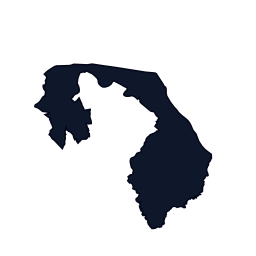 the district of Calamar, Bolívar, Colombia, rotated 312°
{"feature_id": "7082276B23618457670611", "entity_name": "Calamar", "entity_type": "district", "adm_level": 2, "iso_a3": "COL", "parent_name": "Colombia", "parent_adm1": "Bolívar", "projection": "robinson", "projection_center": [-75.024, 10.234], "detail": "fine", "context": "isolated", "style": "filled", "palette": "ink", "viewbox_px": 256, "rotation_deg": 312, "n_neighbors": 0, "source": "geoboundaries", "source_scale": "gbopen_adm2", "svg_char_len": 5740}
<svg xmlns="http://www.w3.org/2000/svg" viewBox="0 0 256 256"><g transform="rotate(312 128 128)"><path d="M112.0,29.8L111.9,32.6L111.6,32.7L111.5,33.4L110.9,34.1L107.7,35.1L106.8,36.7L104.7,37.3L104.5,37.9L103.8,38.0L103.3,37.5L103.2,36.5L102.5,36.7L101.2,38.4L101.3,39.4L101.0,38.8L100.7,39.2L100.4,41.1L99.7,42.7L98.1,43.6L97.1,44.6L96.2,44.6L96.0,44.9L96.0,44.5L95.4,44.7L95.1,44.3L94.1,44.0L89.3,44.8L87.8,44.8L85.8,44.5L83.3,43.6L81.5,44.4L82.9,48.4L83.2,53.4L85.4,56.5L86.7,59.2L85.1,58.9L82.4,57.4L83.0,63.3L81.9,64.2L81.0,66.5L80.4,67.2L79.4,69.7L77.9,72.4L74.0,72.1L72.5,73.3L70.3,73.8L70.4,75.5L69.4,78.8L69.6,81.9L68.7,93.0L70.4,92.5L71.7,91.5L72.3,92.0L73.3,91.9L74.1,91.4L74.9,90.5L77.1,89.0L78.2,88.5L78.5,87.9L79.1,87.5L80.0,86.0L80.3,86.4L81.1,85.5L81.4,85.3L81.7,85.6L81.8,84.9L82.3,84.8L82.6,84.1L83.7,83.2L85.1,82.7L87.0,81.2L86.8,82.4L85.8,83.3L85.6,84.2L85.8,84.9L85.9,86.4L86.3,87.0L86.5,88.4L86.3,91.4L85.9,92.3L84.4,94.5L83.7,96.4L85.3,97.1L85.1,97.6L83.9,98.4L83.2,101.0L84.1,101.1L84.9,100.8L86.0,101.2L87.1,101.1L89.0,101.3L91.6,104.2L92.1,104.1L92.9,104.5L94.1,103.7L95.5,105.0L96.0,105.0L97.8,103.0L98.6,100.5L99.9,100.5L100.2,99.4L100.7,99.1L101.0,98.6L101.1,97.3L102.2,96.0L102.4,95.2L102.9,94.6L103.5,94.1L104.7,95.9L106.7,97.7L108.3,96.2L110.6,92.2L113.7,89.8L114.7,88.4L116.0,88.0L116.6,87.4L111.9,83.7L113.2,81.1L114.0,78.8L115.0,77.3L117.6,71.5L114.4,71.7L111.9,71.3L111.0,70.8L111.5,69.5L111.2,67.4L111.3,67.0L111.5,66.6L111.4,66.9L112.1,66.4L112.2,66.1L112.9,66.1L114.3,66.3L115.4,66.0L116.9,66.0L120.5,67.3L121.1,67.2L122.1,67.5L122.9,66.7L123.3,66.7L125.2,64.5L126.6,61.8L126.6,60.9L127.1,60.7L127.5,60.1L131.2,57.5L136.9,55.1L136.9,55.4L139.0,56.6L140.0,57.5L140.6,58.7L140.4,59.1L140.9,58.2L141.1,58.7L142.2,58.8L141.5,58.5L141.6,58.3L142.6,58.9L144.2,64.3L144.4,64.4L144.6,68.4L144.4,72.0L143.7,73.7L141.8,75.8L141.3,77.4L141.2,79.5L141.6,81.7L142.8,83.2L143.8,84.0L146.6,85.5L149.4,86.0L152.1,85.5L153.6,85.9L155.7,94.0L156.4,97.7L157.1,99.4L157.0,100.9L156.6,101.5L155.4,101.8L153.2,101.6L151.1,101.9L150.3,102.1L149.7,103.2L150.0,104.6L150.7,105.8L152.9,108.0L154.2,108.8L155.3,110.3L155.8,112.6L155.8,116.0L158.0,116.1L156.7,118.4L155.8,119.1L155.4,120.0L155.3,121.2L155.8,133.6L157.6,136.6L156.1,141.0L156.5,143.1L154.9,144.9L153.5,144.7L152.7,145.6L151.7,144.8L150.5,147.1L149.1,146.4L147.9,147.4L147.3,146.3L147.4,152.7L145.5,152.1L145.1,151.5L143.4,151.5L141.4,150.8L137.9,149.0L135.0,148.9L133.9,148.6L131.3,149.2L130.8,149.9L127.9,150.2L126.7,151.2L125.1,151.7L121.3,151.6L120.7,152.0L120.3,152.8L119.0,153.6L118.4,153.5L116.7,152.3L115.0,151.6L111.6,152.2L109.6,151.7L108.7,150.9L106.7,150.7L104.4,152.2L104.2,152.9L103.5,153.4L101.8,155.8L101.1,156.8L100.6,159.8L100.2,160.5L98.4,161.3L97.6,162.1L96.5,162.3L95.7,162.1L94.8,161.1L91.8,160.7L90.9,162.6L88.6,163.1L88.2,165.9L88.6,166.0L89.4,167.7L89.3,168.3L88.5,170.4L86.9,171.9L86.2,172.2L86.6,173.9L87.5,175.6L86.1,177.0L85.7,178.3L86.3,179.3L86.3,179.9L86.6,181.0L85.5,181.6L84.8,181.4L84.1,181.8L80.5,181.5L79.5,182.8L79.4,184.6L80.1,185.7L80.1,186.2L81.4,186.8L80.5,187.5L80.2,187.4L80.0,187.6L79.5,187.4L79.4,188.4L79.0,188.5L78.9,188.8L78.4,188.9L78.4,189.2L78.1,189.1L77.8,189.4L77.5,189.1L77.3,189.7L77.0,189.8L77.0,190.1L76.8,190.1L76.7,191.2L76.4,191.1L76.4,191.5L76.2,191.5L76.4,192.6L75.7,192.3L75.4,192.6L75.7,192.8L75.4,192.9L75.2,193.5L75.5,193.8L75.7,194.6L75.4,194.9L75.3,195.4L75.0,195.4L74.3,196.0L74.0,196.0L74.2,196.7L73.8,196.5L73.7,196.9L73.4,196.6L73.2,197.1L73.4,197.1L73.4,197.3L73.6,197.5L73.4,197.7L73.2,197.5L73.2,197.9L74.3,198.3L74.7,198.8L74.3,198.9L74.6,199.2L74.2,200.2L73.2,200.8L73.2,201.1L72.7,200.9L72.2,202.7L72.5,203.1L72.7,204.7L72.1,205.3L71.0,205.8L71.0,206.1L70.1,207.7L70.0,208.5L70.3,209.1L69.9,209.4L69.9,210.0L69.5,210.4L69.8,211.0L69.6,211.2L69.3,212.9L69.9,213.7L71.0,214.7L72.5,215.6L73.7,215.7L74.3,216.4L75.2,216.8L75.5,217.1L75.4,217.9L76.9,218.8L77.6,218.4L77.7,218.5L78.4,217.8L78.3,218.0L79.4,218.4L79.9,218.0L80.1,218.3L80.3,218.2L80.5,218.8L81.1,218.9L81.4,218.3L82.1,217.9L82.4,217.1L82.7,217.1L82.8,216.6L83.7,216.1L84.0,216.0L84.2,216.3L84.9,215.9L85.1,215.4L86.9,215.2L87.6,215.3L88.4,214.6L88.4,214.1L89.3,214.3L89.8,213.4L92.2,212.8L94.0,213.7L95.5,213.4L96.8,213.9L97.3,213.6L100.2,213.9L101.5,216.0L101.9,216.9L101.8,217.5L105.0,219.6L105.9,221.2L106.2,222.8L107.2,223.7L107.5,223.6L108.5,221.5L108.4,220.8L108.8,220.5L109.5,220.8L109.6,221.3L110.7,222.2L111.3,221.8L111.5,221.2L112.3,221.3L113.0,220.5L114.3,220.7L115.2,220.4L115.6,220.8L116.4,220.8L116.8,221.8L117.8,221.4L118.1,221.5L118.9,223.1L118.9,223.9L119.5,223.8L119.9,224.4L120.5,223.4L120.8,223.3L121.0,223.7L121.2,223.4L121.8,223.5L121.3,224.2L121.9,224.4L121.8,224.7L121.5,224.9L121.8,225.5L122.4,225.1L123.7,224.9L124.2,225.4L124.7,225.4L124.8,225.1L125.5,225.5L126.0,225.4L127.0,226.2L127.0,225.1L127.5,224.6L130.2,225.7L131.0,225.6L132.1,224.2L132.7,224.2L132.7,223.6L133.1,223.5L133.5,222.7L133.7,223.0L134.2,223.0L135.2,222.3L135.6,222.6L137.1,221.9L137.7,221.0L139.0,220.3L138.8,219.6L139.4,218.5L142.2,218.6L143.3,218.1L144.4,218.0L145.2,218.2L145.7,219.1L146.4,219.2L147.8,217.3L148.3,215.9L150.5,213.3L151.4,213.5L152.4,212.7L153.3,212.8L154.6,212.4L156.0,211.0L157.2,211.2L159.5,210.8L161.0,210.1L161.4,210.2L164.2,207.5L163.8,204.3L163.5,199.7L163.9,195.1L165.5,189.3L169.1,182.4L169.7,178.0L172.4,172.1L173.4,168.3L173.6,165.9L173.2,159.9L173.3,155.0L173.9,152.8L174.4,148.0L175.6,141.8L177.7,135.3L179.4,133.0L182.5,130.2L183.5,128.5L182.9,128.1L184.4,123.3L187.3,112.4L186.7,111.0L181.2,103.7L164.3,77.7L156.1,65.6L151.5,58.6L147.7,55.5L139.1,45.1L136.5,43.7L134.8,42.3L126.1,33.2L124.7,32.4L120.3,31.1L116.3,30.1L112.0,29.8Z" fill="#0f172a" stroke="#020617" stroke-width="1.5"/></g></svg>